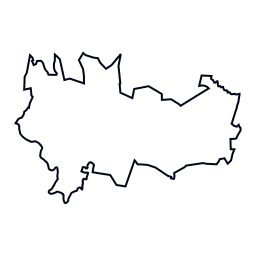 Tlapehuala, Guerrero, Mexico (Natural Earth projection)
{"feature_id": "50627088B3724997365997", "entity_name": "Tlapehuala", "entity_type": "district", "adm_level": 2, "iso_a3": "MEX", "parent_name": "Mexico", "parent_adm1": "Guerrero", "projection": "natural_earth1", "projection_center": [-100.475, 18.277], "detail": "fine", "context": "isolated", "style": "outline", "palette": "ink", "viewbox_px": 256, "rotation_deg": 0, "n_neighbors": 0, "source": "geoboundaries", "source_scale": "gbopen_adm2", "svg_char_len": 5266}
<svg xmlns="http://www.w3.org/2000/svg" viewBox="0 0 256 256"><path d="M227.7,163.7L231.1,160.3L232.5,154.0L234.4,149.3L230.8,149.2L230.7,147.6L230.5,140.7L230.4,139.0L234.9,138.8L235.5,138.7L236.4,138.2L236.9,137.0L237.0,136.9L237.2,136.6L237.5,135.6L238.7,133.5L238.8,133.3L240.3,130.9L240.6,130.2L240.6,128.0L239.8,127.4L238.7,124.8L237.2,126.3L237.0,126.6L235.3,126.3L235.1,126.2L234.3,126.0L234.0,125.7L233.5,125.3L233.2,125.0L231.6,123.8L231.8,123.5L232.3,121.8L232.8,120.1L233.0,119.4L233.4,118.3L235.0,113.3L235.1,112.8L235.9,110.3L236.7,108.2L236.9,106.7L237.1,105.9L237.4,105.1L237.8,103.5L238.0,103.1L238.5,101.9L238.4,101.6L238.5,101.1L239.0,97.8L239.5,94.9L239.5,93.8L236.7,94.5L235.0,94.2L234.8,93.8L232.0,94.3L231.8,94.0L230.7,94.0L229.9,92.5L228.7,92.3L227.8,92.5L227.8,91.6L227.3,91.5L226.9,90.4L226.6,90.5L226.1,90.6L224.3,90.1L223.4,88.4L223.1,87.0L220.9,87.3L220.3,86.1L218.3,86.3L217.9,84.8L217.6,80.8L217.4,81.6L217.3,81.3L217.1,81.2L216.3,81.6L215.7,82.5L214.9,82.8L214.2,82.6L214.1,82.3L213.5,81.0L212.9,80.0L212.1,79.6L211.3,79.1L211.1,78.6L211.2,77.5L211.5,76.0L201.6,75.5L199.2,85.9L202.4,85.4L204.3,85.7L206.7,86.6L208.8,88.4L197.0,95.6L180.6,105.8L180.0,105.2L179.3,104.4L171.2,99.3L163.3,99.8L161.9,99.9L161.8,94.0L148.6,86.2L134.2,89.0L132.3,98.1L120.4,92.7L119.6,83.8L120.3,83.5L119.4,74.6L119.4,73.8L119.2,72.9L118.5,66.0L120.8,54.0L111.7,65.0L106.0,68.8L100.6,63.2L100.2,62.8L97.9,58.2L93.5,57.6L85.5,55.1L83.2,53.0L78.9,60.1L80.5,63.5L83.0,68.9L83.9,75.5L84.0,83.4L69.8,78.6L64.4,80.0L59.8,59.2L57.0,56.5L56.6,56.1L54.9,54.5L54.8,60.7L54.0,63.7L53.9,66.4L54.3,69.4L54.4,69.6L54.6,70.2L54.9,70.9L55.1,71.3L56.9,73.5L56.2,74.9L48.5,74.7L47.6,72.3L46.3,70.8L45.2,69.5L43.6,65.1L43.3,63.8L42.2,61.9L40.9,60.8L37.0,61.0L36.0,64.1L33.7,65.0L32.0,60.9L33.2,60.3L32.4,57.6L30.0,55.2L26.8,72.7L25.4,75.4L24.6,77.0L24.6,78.9L24.2,89.7L30.7,88.2L31.2,92.3L31.4,95.4L32.7,97.0L29.7,103.6L29.5,104.9L29.0,107.5L28.5,107.0L26.5,109.9L25.3,111.0L24.4,111.5L24.2,112.1L23.7,114.6L22.4,116.5L22.2,117.3L18.4,118.9L15.9,122.7L15.4,123.5L15.4,124.1L15.7,123.5L15.9,123.4L16.6,123.6L17.5,123.9L18.0,124.2L18.5,124.5L18.7,124.9L19.0,125.6L19.2,126.3L19.3,126.8L19.2,127.4L19.2,128.0L19.1,128.6L19.4,129.4L19.6,130.5L19.7,131.6L20.0,132.5L20.2,133.3L20.7,134.4L21.6,135.4L22.9,136.9L23.9,137.7L25.3,138.8L26.7,139.7L27.7,140.1L28.8,140.7L29.4,141.0L29.9,141.2L30.8,141.7L31.8,141.8L32.1,141.8L32.8,141.7L33.6,141.5L34.4,141.4L35.0,141.4L35.6,141.4L36.4,141.7L37.1,142.1L38.0,142.6L38.7,143.1L39.3,143.7L39.8,144.2L40.5,145.0L41.1,145.6L41.3,146.0L41.5,146.3L41.8,147.0L42.1,147.5L42.2,148.0L42.1,148.5L41.9,149.0L41.5,149.8L40.9,151.1L40.5,153.1L40.3,154.5L40.2,155.3L40.2,156.0L40.4,156.6L40.7,157.2L41.2,157.8L41.7,158.2L41.8,158.3L43.0,159.0L44.0,159.8L45.3,161.1L46.3,161.9L46.9,162.5L47.3,163.1L47.7,164.1L48.0,164.9L48.4,166.5L48.7,168.3L49.1,169.1L49.4,169.3L50.5,170.0L51.4,170.3L51.9,170.3L52.5,170.3L53.6,169.9L54.3,169.2L54.8,168.4L55.2,167.9L55.6,167.6L56.0,167.4L56.6,167.3L57.1,167.6L57.3,168.1L57.4,168.4L57.4,168.8L57.6,169.6L57.7,170.4L57.7,171.2L57.8,171.7L57.8,172.2L57.7,172.8L57.7,173.7L57.4,175.0L57.3,176.4L57.8,178.9L55.1,182.9L54.1,185.0L51.6,189.1L50.1,190.0L49.4,190.5L49.0,190.9L48.8,191.5L48.7,191.9L48.7,192.2L48.9,192.6L49.4,193.1L49.9,193.5L50.4,193.8L51.2,193.8L52.1,193.7L52.9,193.5L53.8,193.2L54.7,192.8L55.5,192.6L56.6,191.8L57.7,191.7L61.0,192.8L62.9,194.0L62.8,194.6L63.4,194.8L63.5,195.3L63.6,195.7L63.6,196.8L63.4,197.9L63.5,198.9L63.6,199.8L63.9,200.8L64.1,201.5L64.3,202.1L64.6,202.7L64.9,202.9L65.2,203.0L65.6,203.0L66.0,202.9L66.6,202.7L66.9,202.4L67.4,201.9L67.8,201.2L68.3,200.4L68.3,199.9L68.3,199.7L68.5,198.6L69.0,197.5L70.2,195.4L70.7,194.2L71.4,193.2L71.8,192.8L72.2,192.5L73.1,192.1L73.7,191.8L74.1,191.6L74.3,191.5L75.0,191.2L75.5,191.1L76.0,191.0L76.5,190.8L76.9,190.6L77.4,189.7L77.5,189.2L77.7,188.5L78.2,188.1L78.9,187.8L79.2,187.6L79.6,187.5L79.8,187.5L80.3,187.6L80.8,187.9L81.2,188.2L81.2,188.6L81.3,188.7L81.4,188.9L81.6,189.2L81.8,189.4L82.0,189.5L82.1,189.4L82.2,189.1L82.3,188.8L82.3,188.3L82.5,187.5L82.4,186.8L82.4,186.7L82.3,185.9L82.5,185.8L82.7,184.9L82.5,184.4L82.7,184.2L82.7,183.7L82.8,183.3L83.0,183.0L83.0,182.8L82.9,182.2L82.7,181.9L82.7,181.0L82.7,180.5L83.0,180.3L83.1,179.7L83.4,179.3L83.6,178.8L85.3,179.2L85.9,179.3L86.4,179.3L86.7,178.9L86.6,178.1L86.7,177.3L86.8,177.0L86.9,176.7L87.1,176.3L87.3,175.6L87.5,175.3L87.7,174.4L87.9,173.5L88.1,172.9L87.8,172.7L87.7,172.7L86.5,172.6L85.2,172.7L84.6,172.6L83.4,172.2L81.4,171.3L82.3,169.0L82.7,167.2L83.5,167.2L84.1,167.2L84.8,167.2L85.4,167.7L85.8,168.0L85.9,168.4L87.2,168.3L87.6,167.6L87.5,167.4L87.4,165.6L87.7,164.9L87.9,164.4L88.2,164.1L89.3,162.7L90.2,162.2L90.9,162.3L91.3,162.5L92.2,163.2L92.3,163.3L94.0,164.5L94.0,164.4L92.7,171.2L92.7,172.2L97.7,173.1L97.8,173.1L110.2,175.0L116.5,185.0L125.5,186.4L133.8,162.5L134.6,160.3L136.7,162.9L137.1,163.8L137.6,164.2L138.0,164.4L138.6,164.5L138.9,164.4L139.3,164.3L147.6,164.9L155.4,167.5L167.8,175.8L171.3,176.9L171.0,178.3L173.2,178.9L173.6,178.9L173.9,178.9L174.5,176.7L174.2,173.0L184.7,167.1L186.1,165.6L202.8,163.1L206.7,163.8L216.6,164.3L218.6,161.5L220.0,159.0L221.0,159.0L224.4,158.3L224.5,158.4L227.7,163.7Z" fill="none" stroke="#020617" stroke-width="2"/></svg>